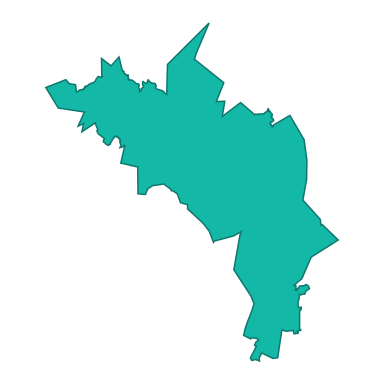 outline of Coneto de Comonfort, Durango, Mexico
{"feature_id": "50627088B46470602439176", "entity_name": "Coneto de Comonfort", "entity_type": "district", "adm_level": 2, "iso_a3": "MEX", "parent_name": "Mexico", "parent_adm1": "Durango", "projection": "robinson", "projection_center": [-104.882, 25.009], "detail": "fine", "context": "isolated", "style": "filled", "palette": "teal", "viewbox_px": 384, "rotation_deg": 0, "n_neighbors": 0, "source": "geoboundaries", "source_scale": "gbopen_adm2", "svg_char_len": 5739}
<svg xmlns="http://www.w3.org/2000/svg" viewBox="0 0 384 384"><path d="M251.1,296.3L254.0,303.7L251.4,312.0L247.5,321.8L245.4,327.8L243.6,335.4L250.8,338.9L251.4,337.8L256.6,338.3L258.6,340.1L256.0,341.9L254.6,345.4L256.4,346.1L250.3,358.1L251.9,360.5L255.5,359.5L259.5,361.0L259.1,358.3L261.6,353.0L272.9,358.4L277.7,357.8L281.9,329.8L286.2,331.3L293.2,330.4L294.0,333.8L295.3,333.8L295.7,333.3L297.9,333.5L298.3,332.2L297.9,332.0L297.1,331.2L298.7,330.6L300.7,330.4L300.7,330.1L300.6,329.5L299.6,329.6L299.6,311.3L301.2,309.2L301.2,307.2L299.0,307.8L298.0,305.3L298.1,301.7L298.4,300.6L299.0,299.4L299.4,294.4L301.1,294.9L303.2,293.9L304.6,294.2L306.3,290.7L309.5,288.7L308.6,286.3L307.7,285.4L306.2,284.5L304.2,285.6L299.5,286.1L299.1,286.9L299.1,287.6L299.1,287.9L297.9,288.1L297.2,288.7L296.9,289.7L296.6,289.2L296.4,289.1L296.0,290.4L295.3,290.1L295.5,289.6L295.7,289.4L295.7,289.1L296.0,286.0L293.9,285.4L301.9,278.6L311.2,257.1L338.2,240.0L322.4,224.7L321.0,225.4L320.3,219.4L302.9,200.1L306.6,179.5L306.9,160.0L304.1,139.7L289.9,115.4L273.7,124.9L273.6,125.1L273.2,125.6L273.2,126.1L272.6,126.8L272.2,126.9L272.1,126.4L271.8,125.7L271.7,125.3L271.0,124.4L270.7,124.6L270.4,124.2L270.1,123.6L270.2,123.1L270.7,122.9L270.9,122.7L270.9,122.4L271.1,122.0L271.0,121.7L271.9,121.7L272.8,121.6L273.0,121.2L273.3,121.0L273.6,120.5L273.3,119.4L273.1,119.5L271.8,117.5L271.4,117.1L271.3,116.9L271.3,116.6L271.7,116.5L272.0,116.3L272.0,115.8L271.8,115.6L272.1,115.1L272.0,114.8L272.2,114.1L271.5,113.4L271.0,113.1L270.8,112.7L270.7,112.6L270.5,112.2L269.8,112.1L269.9,111.3L269.8,111.1L268.5,111.3L268.5,111.1L269.1,110.9L269.1,110.7L268.8,110.0L268.7,110.0L268.7,110.4L268.4,109.7L268.3,108.7L268.2,108.7L267.9,108.9L267.7,109.5L267.7,109.9L267.5,110.6L267.3,110.7L267.2,110.8L267.3,111.2L266.4,112.0L265.4,112.2L265.0,112.7L264.7,112.8L263.7,113.9L263.0,114.1L262.6,113.9L262.2,113.8L261.5,114.0L260.5,113.9L259.8,114.1L258.5,113.9L257.2,114.7L255.9,114.0L255.1,114.3L254.5,114.8L252.3,112.6L240.6,102.6L222.3,116.4L224.8,101.2L216.3,101.6L223.8,82.7L194.4,59.2L196.6,52.5L209.1,23.0L167.5,64.4L166.7,94.3L166.1,93.8L165.4,93.7L165.1,93.4L164.7,93.3L164.4,93.1L163.9,91.9L163.6,91.7L163.0,91.4L162.9,91.0L162.7,90.8L162.1,90.6L161.7,90.7L161.2,90.6L161.1,90.3L160.3,90.2L159.5,89.9L159.2,90.0L158.5,89.6L157.2,89.2L156.4,88.8L156.3,88.5L155.9,88.2L155.7,87.9L155.9,86.9L156.2,86.1L156.2,85.9L155.7,85.5L155.6,85.1L155.7,84.8L155.4,84.5L155.4,84.1L155.1,83.6L154.7,83.3L154.4,83.3L154.0,83.5L153.6,83.4L153.1,83.5L152.7,83.1L152.4,83.1L152.2,83.1L151.9,83.0L151.5,83.2L150.7,82.4L150.5,82.1L149.9,82.0L149.5,81.7L149.4,81.6L149.4,81.3L148.9,80.8L148.3,79.8L148.1,79.9L148.2,80.3L147.8,80.6L147.4,81.2L147.5,82.0L147.3,82.2L146.9,83.0L146.6,83.0L146.2,83.4L146.1,83.7L145.9,83.6L145.8,83.3L145.5,83.3L144.5,82.5L143.7,82.3L143.0,81.5L142.8,81.6L142.7,81.7L142.9,82.1L142.6,82.4L142.7,83.4L142.5,83.8L142.5,84.0L142.8,84.3L142.7,85.1L143.2,85.9L143.2,86.1L143.6,87.2L143.6,87.3L142.8,87.6L142.2,88.1L141.3,88.6L141.1,89.1L141.3,89.8L141.2,90.6L140.8,91.1L140.3,91.4L139.7,91.6L139.4,91.6L139.3,91.1L139.6,90.0L139.5,89.5L138.6,87.3L139.0,86.3L139.1,84.9L139.0,84.4L138.7,84.2L138.0,83.7L137.6,83.9L137.0,83.8L136.1,83.5L135.8,83.4L135.5,82.9L133.5,81.2L133.2,80.9L132.9,80.8L132.4,80.2L131.2,80.3L130.9,80.0L130.4,80.2L130.2,80.0L129.9,79.6L129.7,79.6L129.0,79.9L128.4,79.8L128.1,79.0L128.6,78.3L128.6,77.8L128.2,77.4L128.2,77.0L128.1,76.7L127.7,76.4L127.6,76.1L127.7,75.8L128.3,75.9L128.5,75.6L128.1,75.0L127.6,75.0L127.2,75.2L126.7,75.0L126.3,75.3L126.0,74.6L125.6,74.3L125.3,73.9L124.7,73.9L124.4,73.3L123.9,73.0L123.8,72.6L123.9,72.0L123.5,71.7L123.8,71.6L123.3,71.0L122.9,70.6L122.4,70.8L119.0,57.0L111.0,65.9L101.5,58.4L101.8,76.2L102.4,76.6L101.9,77.3L101.1,77.6L101.0,77.3L99.2,76.7L98.2,76.5L96.0,79.3L95.7,80.5L94.9,81.4L93.6,82.5L93.3,82.9L92.4,83.0L91.6,83.0L90.2,83.9L89.8,84.4L89.1,84.2L88.9,84.4L88.2,85.2L88.0,85.4L87.8,85.7L87.6,85.8L87.1,85.7L86.4,86.4L86.1,86.0L85.9,86.0L85.7,86.8L85.3,87.3L85.0,87.3L84.9,87.0L84.8,86.9L84.6,86.9L84.5,87.1L84.8,87.7L84.4,88.7L84.0,88.5L83.5,89.0L83.1,89.3L82.7,89.3L82.3,89.9L81.8,89.8L81.4,89.6L81.1,89.8L80.6,89.8L80.4,90.0L80.0,89.8L78.8,90.6L78.5,91.0L78.0,91.2L77.3,91.9L77.1,91.8L76.4,92.0L75.5,84.7L69.3,83.6L65.8,79.7L45.8,87.5L58.3,108.1L68.7,109.6L84.4,112.0L78.1,126.1L83.6,123.6L81.9,131.8L95.1,123.0L97.9,129.9L96.8,130.8L97.2,131.3L97.5,132.5L97.7,132.9L98.4,133.9L104.3,138.5L104.4,139.0L103.4,140.4L103.3,140.7L103.5,141.4L103.4,141.9L103.9,142.4L104.5,142.6L104.7,142.8L105.0,143.0L106.1,144.4L107.5,144.8L107.7,145.1L108.5,145.4L108.9,145.1L108.9,144.9L109.2,144.6L109.2,144.3L109.5,144.2L109.7,144.4L110.0,144.3L110.5,143.9L110.4,143.4L110.5,143.3L110.6,142.3L111.1,142.1L111.1,141.8L111.3,141.5L111.7,141.3L111.9,140.6L112.4,139.9L112.6,139.5L112.8,139.3L112.9,138.9L113.6,138.4L114.1,137.5L114.3,137.3L114.3,136.9L114.6,136.3L115.1,136.4L115.4,136.1L115.8,136.0L115.8,136.3L116.0,136.5L116.3,136.9L116.9,136.8L117.0,137.0L117.6,137.4L118.1,137.4L118.5,137.7L118.9,137.7L119.1,138.2L119.0,138.7L119.3,138.8L119.1,139.0L120.1,139.7L120.4,140.2L120.3,140.9L119.7,141.2L120.0,141.6L119.9,141.8L120.2,142.1L120.0,142.4L120.2,143.4L120.7,144.3L121.1,145.2L120.7,146.0L120.4,146.3L120.4,146.6L120.0,147.6L120.7,147.3L121.4,147.4L121.9,147.0L122.5,147.0L123.0,146.8L123.8,145.8L124.0,145.4L124.4,145.4L124.8,145.6L120.8,163.1L137.7,167.0L138.0,193.8L145.5,194.4L147.7,188.9L152.5,185.7L163.7,184.0L170.6,189.1L171.4,190.8L172.9,190.8L177.3,193.9L180.5,202.7L184.9,204.0L187.6,204.6L187.5,208.9L200.5,220.8L203.7,224.0L209.2,231.2L213.5,242.3L214.2,241.1L233.6,235.9L241.2,231.6L239.9,235.4L233.8,269.7L251.1,296.3Z" fill="#14b8a6" stroke="#0f766e" stroke-width="1.5"/></svg>